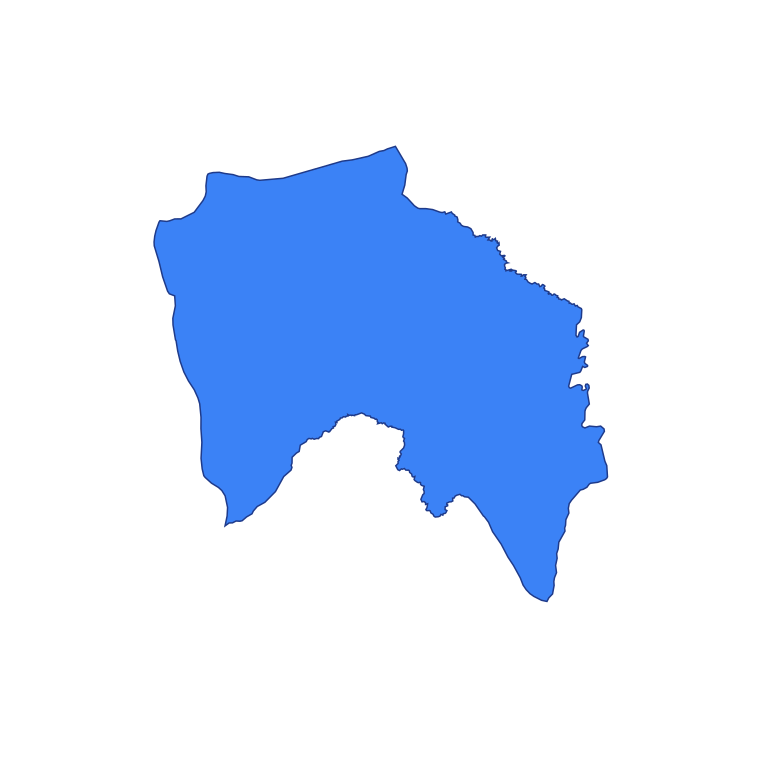 Chhaeb, Preah Vihéar, Cambodia (Robinson projection), rotated 60°
{"feature_id": "14789045B96642670477146", "entity_name": "Chhaeb", "entity_type": "district", "adm_level": 2, "iso_a3": "KHM", "parent_name": "Cambodia", "parent_adm1": "Preah Vihéar", "projection": "robinson", "projection_center": [105.534, 13.896], "detail": "fine", "context": "isolated", "style": "filled", "palette": "blue", "viewbox_px": 768, "rotation_deg": 60, "n_neighbors": 0, "source": "geoboundaries", "source_scale": "gbopen_adm2", "svg_char_len": 6170}
<svg xmlns="http://www.w3.org/2000/svg" viewBox="0 0 768 768"><g transform="rotate(60 384 384)"><path d="M427.4,592.6L426.9,587.6L428.5,584.6L428.7,580.6L430.8,577.4L431.5,575.2L430.4,569.5L430.4,563.2L428.7,560.7L426.7,555.0L426.9,546.3L422.9,531.8L414.0,517.1L412.1,507.6L410.2,505.4L408.1,505.1L406.5,503.2L401.5,500.2L400.0,494.3L400.0,491.2L395.1,487.1L395.0,480.2L393.7,478.2L393.6,476.2L395.2,474.4L395.2,473.3L396.9,472.1L397.5,469.6L398.6,468.0L397.9,466.5L398.2,464.4L395.0,460.4L395.4,457.9L397.9,455.9L397.7,455.3L398.1,455.0L396.6,451.4L396.8,449.8L395.5,449.3L396.1,447.7L395.0,445.9L392.8,445.1L393.8,444.0L392.6,443.5L392.6,440.0L391.7,438.8L392.4,437.2L392.0,435.5L393.4,433.7L393.0,433.1L393.7,431.0L392.4,430.6L393.7,429.9L394.4,428.1L395.1,427.9L395.3,426.8L396.8,425.2L396.2,424.3L396.9,423.2L397.8,417.9L400.2,416.1L402.3,415.5L405.0,411.9L406.4,412.1L408.8,409.6L410.2,409.2L410.6,408.1L411.7,407.8L413.4,408.7L414.3,408.2L415.2,409.4L416.2,405.7L417.5,405.4L417.5,403.8L418.6,402.7L419.2,403.2L423.4,401.8L423.6,399.8L424.5,398.4L425.2,398.8L427.5,396.2L430.4,394.2L431.5,392.3L432.8,392.0L433.4,390.4L434.2,390.3L437.0,392.0L438.9,393.9L440.1,394.1L441.3,393.4L443.2,395.6L444.7,395.5L447.2,396.7L449.2,399.0L450.5,403.7L451.1,404.2L453.2,404.0L454.0,404.9L454.3,406.6L454.7,406.9L455.1,406.5L456.0,408.2L455.1,408.9L456.3,409.6L457.5,409.1L458.2,410.7L459.8,411.4L460.7,414.7L465.1,414.9L466.7,413.8L466.2,411.4L467.0,410.7L467.4,408.6L469.5,408.2L470.9,405.8L471.7,405.4L473.4,406.0L475.7,405.1L478.2,405.8L479.1,405.2L479.5,403.5L481.8,405.7L483.1,405.5L485.9,404.2L486.8,403.3L487.1,402.0L487.7,401.7L489.1,402.5L490.5,402.2L492.7,400.3L495.1,402.7L496.8,402.8L498.9,404.0L499.3,405.8L502.3,409.7L505.1,410.0L505.8,408.1L507.5,407.4L509.1,408.2L509.5,406.1L512.5,408.5L513.7,410.5L514.3,410.5L515.1,410.2L516.4,407.8L517.0,407.5L519.1,407.8L521.5,406.6L523.1,406.9L524.8,406.2L526.1,403.3L526.4,401.5L525.4,399.9L527.0,398.6L525.9,397.5L526.6,395.8L526.4,394.8L525.1,392.8L523.3,393.9L520.9,392.4L521.3,389.8L520.5,389.3L519.6,389.8L518.6,389.2L518.8,386.2L519.6,384.9L519.7,382.9L517.2,381.7L517.8,380.3L516.7,378.5L516.7,376.6L517.5,373.4L519.5,372.7L520.3,371.4L521.8,370.8L524.2,367.6L533.4,365.1L548.1,363.9L549.0,363.4L556.1,362.6L566.2,363.8L581.3,362.6L595.9,363.2L606.0,362.6L620.0,362.9L627.8,364.1L633.2,363.7L638.6,362.4L642.9,360.4L650.1,355.7L653.8,351.6L651.6,348.2L650.1,343.0L643.5,337.4L640.0,335.7L637.0,333.2L633.6,328.9L626.9,326.1L621.5,321.2L617.2,319.3L614.0,315.7L608.4,311.7L601.9,300.8L599.1,299.6L597.1,297.4L592.5,294.4L588.2,288.4L583.8,286.5L580.2,283.4L578.4,279.7L574.0,267.0L574.8,264.1L574.9,259.9L573.4,256.6L573.2,254.8L576.0,248.1L577.3,240.8L577.1,238.5L576.2,236.9L566.1,231.9L561.3,231.3L545.2,226.5L541.8,227.6L540.4,226.2L535.2,216.8L532.9,215.9L528.8,217.4L527.3,221.3L523.2,227.1L522.5,232.0L520.3,233.5L518.9,233.5L517.3,232.4L515.5,228.1L508.1,223.6L506.9,222.4L505.7,220.7L504.0,216.2L493.5,212.3L492.0,211.2L490.1,208.3L487.6,207.3L485.7,207.9L485.2,209.4L486.4,210.7L489.0,211.1L489.6,211.8L489.2,214.7L488.0,215.6L485.7,213.8L484.5,213.6L482.5,214.8L481.5,216.9L480.9,224.5L479.9,225.3L478.2,225.2L469.5,216.6L471.8,208.6L471.1,207.0L468.1,203.2L470.1,201.8L470.5,199.0L469.7,198.4L466.6,199.7L465.1,199.5L461.3,195.9L460.6,196.3L459.5,198.5L459.5,202.2L459.0,202.8L458.4,202.5L453.4,196.6L452.8,194.6L453.2,189.3L452.9,187.9L449.9,188.2L448.8,185.5L447.3,185.0L443.1,187.4L442.3,187.4L438.5,184.3L437.6,183.9L436.8,184.5L437.0,188.8L439.9,192.1L439.8,193.3L437.8,193.4L429.0,187.7L428.0,183.4L425.2,179.9L418.6,175.6L417.3,175.4L414.2,177.4L412.6,177.4L412.1,179.3L409.6,179.3L409.3,180.7L408.5,181.7L407.1,182.0L406.7,183.2L404.8,182.5L404.1,183.4L400.3,185.3L399.9,188.4L398.9,188.6L397.8,190.1L396.4,189.6L395.6,190.7L394.5,189.5L393.0,190.8L391.8,191.1L391.1,191.7L391.4,193.6L391.0,194.3L389.0,194.5L388.4,196.6L387.8,196.6L387.1,195.1L386.6,195.2L383.3,198.0L381.9,197.3L380.7,197.7L379.7,195.7L377.9,196.3L377.1,197.1L377.8,198.9L377.6,200.3L374.7,200.1L374.0,201.5L371.6,202.6L371.4,205.8L369.9,207.0L367.7,208.2L364.6,208.4L363.7,209.5L362.5,207.8L361.3,208.1L360.5,206.4L359.2,208.6L359.6,210.4L359.2,211.2L358.5,210.3L357.6,210.3L355.5,213.7L353.9,214.4L352.9,214.3L352.7,213.2L351.9,213.0L349.9,215.4L349.8,217.5L348.9,218.6L348.6,218.3L349.0,216.7L348.7,216.2L348.2,216.5L346.9,221.8L345.9,221.3L345.1,221.9L344.0,220.8L342.4,220.7L340.7,219.8L340.4,217.9L341.0,216.1L340.0,216.9L338.5,216.6L335.9,218.1L335.6,217.1L333.2,217.8L332.9,217.5L333.9,216.6L333.5,215.2L332.9,215.4L331.6,218.3L329.4,218.9L327.4,216.8L325.2,218.8L322.4,218.4L321.4,216.3L321.4,214.9L319.6,214.0L319.1,213.8L319.3,214.8L318.3,215.4L317.0,214.3L315.8,215.6L313.6,214.8L313.9,216.5L313.5,217.4L312.6,217.4L312.6,218.0L314.1,219.1L313.5,219.9L312.1,220.4L311.2,221.9L309.7,219.0L308.0,222.2L307.3,222.6L305.8,221.4L304.3,224.0L304.7,225.6L303.4,226.9L303.4,228.8L302.6,229.7L302.4,231.5L300.8,231.0L299.6,232.3L297.3,231.1L292.9,231.1L289.9,233.0L287.3,236.3L285.2,237.6L282.8,237.7L280.4,239.1L278.9,238.0L276.0,237.2L273.8,238.7L273.1,238.3L270.3,239.6L268.7,239.6L267.7,245.5L265.3,245.3L264.6,247.9L263.2,249.6L257.3,254.6L253.1,260.0L249.9,265.5L248.6,266.8L244.8,268.6L234.5,270.9L228.7,273.5L222.2,266.6L213.7,260.1L211.2,257.3L208.6,256.1L203.9,255.1L183.9,255.3L182.1,263.5L181.8,267.3L180.2,271.8L178.9,283.8L174.0,299.5L170.1,308.8L155.4,368.5L145.5,389.7L143.6,392.1L137.0,397.5L131.7,405.9L127.2,410.0L122.1,416.6L118.3,420.8L115.4,426.4L114.3,429.9L114.2,431.6L115.6,433.4L123.3,439.1L128.7,441.9L131.9,444.8L134.6,449.0L140.4,462.5L139.5,477.3L136.4,482.7L135.5,488.0L134.6,490.8L130.6,496.4L131.3,497.9L137.1,504.7L141.4,508.7L146.0,512.1L149.5,513.9L165.3,517.6L180.5,522.1L195.4,525.0L198.6,524.8L203.0,521.2L212.0,525.6L221.5,534.0L227.4,537.2L241.5,542.5L242.5,542.4L252.4,546.2L262.5,549.2L273.5,551.3L283.5,551.8L294.1,551.2L303.1,552.1L309.0,553.5L321.3,559.1L331.2,564.9L343.5,570.9L356.9,579.6L366.6,583.9L373.3,585.9L375.5,585.6L383.6,583.0L390.8,579.1L395.2,577.7L401.4,577.5L412.7,581.2L419.9,585.9L427.4,592.6Z" fill="#3b82f6" stroke="#1e3a8a" stroke-width="1.5"/></g></svg>